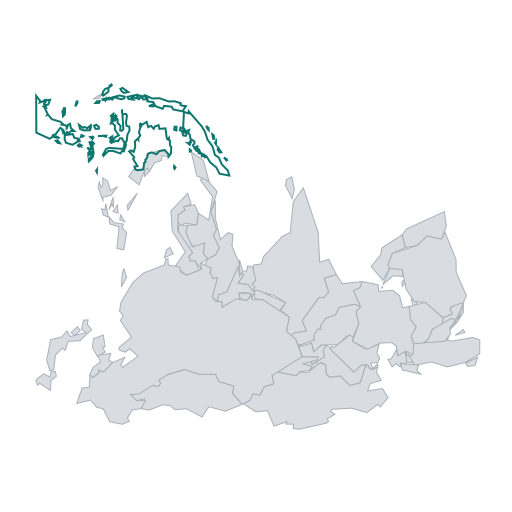 Indonesia highlighted on a map of Asia, rotated 179°
{"feature_id": "IDN", "entity_name": "Indonesia", "entity_type": "country or territory", "adm_level": 0, "iso_a3": "IDN", "parent_name": "Asia", "parent_adm1": "", "projection": "equal_earth", "projection_center": [119.503, -2.501], "detail": "fine", "context": "in_parent", "style": "outline", "palette": "teal", "viewbox_px": 512, "rotation_deg": 179, "n_neighbors": 45, "source": "natural_earth", "source_scale": "50m", "svg_char_len": 17826}
<svg xmlns="http://www.w3.org/2000/svg" viewBox="0 0 512 512"><g transform="rotate(179 256 256)"><path d="M270.9,108.4L264.7,111.8L261.2,118.4L254.5,116.9L250.1,125.1L240.5,128.0L242.1,136.2L239.1,140.2L217.9,135.7L214.4,139.5L206.2,138.5L194.3,148.3L187.8,145.9L187.9,137.1L184.5,133.6L173.7,134.7L164.2,124.9L153.9,127.7L148.2,145.2L142.9,140.3L136.2,142.9L137.8,138.1L133.0,129.5L144.0,126.4L146.8,119.1L131.9,121.2L126.4,112.1L134.4,102.9L136.8,105.5L148.0,97.5L162.9,102.2L182.6,101.4L184.3,99.3L179.9,96.4L187.5,92.0L186.3,89.1L188.4,87.7L216.1,82.0L221.8,82.9L221.3,87.1L229.0,87.5L227.9,89.8L240.9,85.7L247.2,101.1L258.9,100.2L270.9,108.4Z" fill="#d9dde1" stroke="#a8b0b8" stroke-width="1"/><path d="M148.2,145.2L153.9,127.7L164.2,124.9L173.7,134.7L184.5,133.6L187.9,137.1L187.8,145.9L192.9,148.4L204.8,140.6L201.9,144.2L210.9,147.4L205.4,150.9L201.1,150.5L202.2,146.9L197.0,148.1L192.6,153.9L189.5,153.7L190.4,160.7L187.2,165.8L160.2,138.3L152.4,145.2L148.2,145.2Z" fill="#d9dde1" stroke="#a8b0b8" stroke-width="1"/><path d="M406.6,421.5L410.2,416.1L416.0,415.9L406.6,421.5Z" fill="#d9dde1" stroke="#a8b0b8" stroke-width="1"/><path d="M59.0,185.4L53.4,192.7L49.6,205.1L49.6,196.1L55.9,186.4L59.0,185.4Z" fill="#d9dde1" stroke="#a8b0b8" stroke-width="1"/><path d="M63.6,180.7L56.0,186.4L63.6,178.7L63.6,180.7Z" fill="#d9dde1" stroke="#a8b0b8" stroke-width="1"/><path d="M56.5,190.0L52.4,195.4L55.3,189.3L56.5,190.0Z" fill="#d9dde1" stroke="#a8b0b8" stroke-width="1"/><path d="M56.5,190.0L70.7,184.9L70.3,191.2L60.8,194.6L63.2,199.8L53.6,206.7L49.6,205.1L56.5,190.0Z" fill="#d9dde1" stroke="#a8b0b8" stroke-width="1"/><path d="M109.5,233.1L119.2,233.8L129.8,225.2L121.7,242.6L110.0,239.8L109.5,233.1Z" fill="#d9dde1" stroke="#a8b0b8" stroke-width="1"/><path d="M106.9,230.4L107.4,226.4L110.3,223.1L110.6,227.9L106.9,230.4Z" fill="#d9dde1" stroke="#a8b0b8" stroke-width="1"/><path d="M99.1,202.1L101.6,210.1L95.0,207.2L99.1,202.1Z" fill="#d9dde1" stroke="#a8b0b8" stroke-width="1"/><path d="M70.3,191.2L70.7,184.9L80.9,179.6L85.1,169.7L92.5,164.6L99.7,165.6L102.3,173.2L97.2,181.9L102.5,189.6L103.9,202.8L87.7,206.8L70.3,191.2Z" fill="#d9dde1" stroke="#a8b0b8" stroke-width="1"/><path d="M122.7,241.4L129.6,229.4L141.0,243.6L131.4,254.9L129.9,262.0L109.4,274.7L106.6,261.7L119.6,256.2L124.0,245.3L122.7,241.4ZM131.3,222.0L129.4,223.4L130.9,221.6L131.3,222.0Z" fill="#d9dde1" stroke="#a8b0b8" stroke-width="1"/><path d="M312.8,299.6L314.7,288.2L327.4,290.1L329.3,286.2L333.9,292.0L333.2,298.7L326.2,303.0L327.9,306.4L316.4,308.3L312.8,299.6Z" fill="#d9dde1" stroke="#a8b0b8" stroke-width="1"/><path d="M324.0,287.9L314.7,288.2L312.8,299.6L302.6,292.7L298.4,316.1L310.4,333.1L306.2,336.1L293.8,321.1L300.3,301.2L295.0,283.2L298.2,277.3L292.4,264.8L296.3,257.8L304.1,253.9L308.6,259.2L307.3,269.9L316.3,265.5L322.4,270.4L325.7,280.7L324.0,287.9Z" fill="#d9dde1" stroke="#a8b0b8" stroke-width="1"/><path d="M333.0,288.3L324.0,287.9L325.7,280.7L319.4,265.9L307.3,269.9L308.6,259.2L304.1,253.9L311.1,249.8L310.8,243.5L316.8,252.0L321.8,252.1L323.2,256.8L319.3,260.3L332.9,278.8L333.0,288.3Z" fill="#d9dde1" stroke="#a8b0b8" stroke-width="1"/><path d="M304.1,253.9L296.3,257.8L292.4,264.8L298.2,277.3L295.0,283.2L300.3,301.2L295.7,312.2L296.0,294.3L291.2,273.1L283.5,279.9L278.7,278.1L279.8,266.0L272.6,248.1L285.8,220.6L294.1,217.9L295.3,211.6L300.4,215.6L294.9,235.0L299.2,234.1L302.4,240.1L301.0,244.6L308.7,246.1L304.1,253.9Z" fill="#d9dde1" stroke="#a8b0b8" stroke-width="1"/><path d="M319.9,309.1L327.9,306.4L326.2,303.0L333.2,298.7L333.8,282.7L319.3,260.3L323.2,256.8L321.8,252.1L316.8,252.0L312.9,242.8L325.9,237.9L336.6,247.7L326.5,261.4L339.3,282.3L340.3,302.5L323.2,319.7L319.9,309.1Z" fill="#d9dde1" stroke="#a8b0b8" stroke-width="1"/><path d="M424.1,140.0L421.1,147.3L413.2,152.8L416.0,159.7L402.9,161.0L405.2,154.6L401.0,152.0L403.9,148.8L410.4,142.8L415.4,144.5L414.7,141.9L421.6,137.2L424.1,140.0Z" fill="#d9dde1" stroke="#a8b0b8" stroke-width="1"/><path d="M408.4,162.7L416.5,158.5L421.1,167.6L420.0,176.2L410.1,179.7L408.4,167.9L411.2,167.0L408.4,162.7Z" fill="#d9dde1" stroke="#a8b0b8" stroke-width="1"/><path d="M272.4,108.0L289.2,101.4L305.8,106.1L312.8,96.0L328.3,104.5L339.5,103.7L344.7,108.1L352.3,108.8L365.4,103.8L373.4,105.4L369.9,115.1L378.1,113.5L384.2,118.2L361.4,128.5L355.7,127.2L353.7,130.2L355.3,133.6L349.9,137.7L329.5,143.8L314.8,138.7L298.4,138.4L295.5,131.2L280.4,126.3L281.7,118.9L272.4,108.0Z" fill="#d9dde1" stroke="#a8b0b8" stroke-width="1"/><path d="M295.3,211.6L294.1,217.9L285.8,220.6L274.3,245.1L272.7,236.4L270.7,239.9L268.7,237.1L274.2,229.2L264.5,227.6L259.6,221.3L257.8,224.9L260.5,227.8L256.7,231.7L259.1,233.2L258.8,247.0L250.9,248.0L248.4,255.4L229.3,275.2L221.4,278.9L217.7,309.8L207.5,323.3L193.4,278.3L192.5,248.8L183.4,251.4L176.0,236.1L188.0,232.5L183.9,218.6L189.1,213.1L193.6,213.5L210.9,190.6L206.9,180.1L219.2,178.4L223.7,174.1L226.8,180.1L223.9,194.5L232.2,201.5L227.2,208.8L239.1,216.4L257.6,221.5L261.1,212.5L261.0,217.8L264.4,219.8L273.6,219.2L272.7,214.2L290.9,205.3L291.0,210.8L295.3,211.6Z" fill="#d9dde1" stroke="#a8b0b8" stroke-width="1"/><path d="M272.7,236.4L272.6,252.5L269.5,241.1L265.7,240.9L264.5,246.2L259.5,245.0L256.7,231.7L260.5,227.8L257.8,224.9L259.6,221.3L264.5,227.6L274.2,229.2L268.7,237.1L270.7,239.9L272.7,236.4Z" fill="#d9dde1" stroke="#a8b0b8" stroke-width="1"/><path d="M272.7,214.2L273.6,219.2L261.0,217.8L266.3,211.4L272.7,214.2Z" fill="#d9dde1" stroke="#a8b0b8" stroke-width="1"/><path d="M258.5,213.7L257.6,221.5L254.2,221.5L227.2,208.8L234.0,200.2L249.6,211.9L258.5,213.7Z" fill="#d9dde1" stroke="#a8b0b8" stroke-width="1"/><path d="M223.7,174.1L219.2,178.4L206.9,180.1L210.9,190.6L193.6,213.5L189.1,213.1L183.9,218.6L188.0,232.5L176.0,236.1L170.1,226.8L150.2,228.6L152.7,222.4L159.0,219.6L152.3,203.4L158.4,206.0L173.9,203.0L177.6,195.6L187.4,192.5L201.8,169.0L215.0,165.8L217.7,172.0L223.7,174.1Z" fill="#d9dde1" stroke="#a8b0b8" stroke-width="1"/><path d="M175.4,165.9L192.4,165.7L199.9,159.1L202.0,167.8L208.1,164.0L215.0,165.8L199.1,171.1L199.5,175.8L195.5,181.8L191.9,181.6L192.8,185.0L187.4,192.5L177.6,195.6L173.9,203.0L158.4,206.0L152.3,203.4L156.8,198.6L154.4,186.9L160.2,173.3L166.7,174.5L175.4,165.9Z" fill="#d9dde1" stroke="#a8b0b8" stroke-width="1"/><path d="M187.2,165.8L190.4,160.7L189.5,153.7L202.2,146.9L202.7,150.4L196.0,153.9L211.7,154.4L214.6,164.4L202.0,167.8L199.9,159.1L192.4,165.7L187.2,165.8Z" fill="#d9dde1" stroke="#a8b0b8" stroke-width="1"/><path d="M204.8,140.6L214.4,139.5L217.9,135.7L239.1,140.2L211.7,154.4L196.0,153.9L197.1,151.1L210.9,147.4L201.9,144.2L204.8,140.6Z" fill="#d9dde1" stroke="#a8b0b8" stroke-width="1"/><path d="M136.2,142.9L142.9,140.3L146.3,145.5L152.4,145.2L160.2,138.3L183.3,161.6L182.4,164.7L179.9,163.2L163.6,175.2L160.2,173.3L160.9,169.0L148.5,161.3L134.5,165.5L136.9,156.8L134.1,151.4L136.3,147.3L143.1,147.0L141.2,141.3L136.3,146.1L136.2,142.9Z" fill="#d9dde1" stroke="#a8b0b8" stroke-width="1"/><path d="M103.9,202.8L102.5,189.6L97.2,181.9L102.3,173.2L99.0,161.6L101.0,154.4L107.5,157.8L116.1,153.7L117.2,163.6L122.3,167.1L133.8,166.7L146.0,160.9L160.9,169.0L154.4,186.9L156.8,198.6L152.3,203.4L159.0,219.6L152.7,222.4L150.2,228.6L134.4,225.1L133.9,218.5L119.8,219.3L113.1,213.7L110.3,201.7L103.9,202.8Z" fill="#d9dde1" stroke="#a8b0b8" stroke-width="1"/><path d="M57.7,188.3L63.6,180.7L62.9,174.5L68.6,167.4L90.6,165.3L85.1,169.7L80.9,179.6L61.4,190.4L57.7,188.3Z" fill="#d9dde1" stroke="#a8b0b8" stroke-width="1"/><path d="M108.9,157.7L100.8,150.4L102.0,146.3L108.9,147.6L108.9,157.7Z" fill="#d9dde1" stroke="#a8b0b8" stroke-width="1"/><path d="M99.7,165.6L68.6,167.4L64.6,172.4L66.1,168.2L60.9,167.5L40.6,170.8L33.7,168.2L34.0,154.2L49.2,145.7L66.7,141.8L82.4,147.0L99.4,143.9L104.1,153.0L101.0,154.4L99.7,165.6ZM39.0,142.7L46.3,141.9L48.4,145.3L36.2,150.9L39.0,142.7Z" fill="#d9dde1" stroke="#a8b0b8" stroke-width="1"/><path d="M225.2,325.8L224.4,331.7L218.9,334.6L216.5,322.0L218.8,312.8L225.2,325.8Z" fill="#d9dde1" stroke="#a8b0b8" stroke-width="1"/><path d="M342.0,266.1L338.7,259.7L347.6,255.8L345.6,263.5L342.0,266.1ZM211.7,154.4L242.1,136.2L240.5,128.0L250.1,125.1L254.5,116.9L261.2,118.4L264.7,111.8L272.4,108.0L281.7,118.9L280.4,126.3L295.5,131.2L298.4,138.4L314.8,138.7L329.5,143.8L345.6,139.4L355.3,133.6L353.7,130.2L355.7,127.2L361.4,128.5L375.8,119.9L383.8,119.8L378.1,113.5L369.1,113.2L373.4,105.4L382.5,104.3L387.4,96.3L385.5,93.0L392.5,90.1L405.1,92.8L411.6,106.0L417.7,107.4L423.8,114.8L437.8,111.7L432.2,127.0L424.8,127.8L424.1,140.0L421.6,137.2L414.7,141.9L415.4,144.5L410.4,142.8L401.0,152.0L389.0,157.0L393.1,149.5L391.1,147.0L375.8,157.8L384.0,165.7L388.2,162.1L394.0,164.2L394.7,166.8L381.9,177.1L392.6,193.6L390.1,198.9L393.4,203.3L391.9,211.8L379.8,231.5L368.6,241.0L347.7,248.6L346.2,254.3L344.0,254.7L344.0,248.6L332.6,246.3L331.5,241.0L325.9,237.9L310.8,243.5L311.1,249.8L301.0,244.6L302.4,240.1L299.2,234.1L294.9,235.0L300.4,215.6L297.6,211.2L291.0,210.8L290.9,205.3L276.0,213.6L266.3,211.4L261.0,216.7L261.1,212.5L249.6,211.9L223.9,194.5L226.8,180.1L217.7,172.0L211.7,154.4Z" fill="#d9dde1" stroke="#a8b0b8" stroke-width="1"/><path d="M391.2,227.5L390.0,241.0L388.3,245.4L385.7,236.8L391.2,227.5Z" fill="#d9dde1" stroke="#a8b0b8" stroke-width="1"/><path d="M113.8,142.6L117.8,146.0L121.8,142.8L125.9,150.4L122.7,150.7L117.1,159.9L116.1,153.7L108.9,157.7L107.5,152.1L107.5,145.5L112.8,146.4L113.8,142.6ZM107.5,157.8L105.1,157.2L104.1,153.0L107.2,154.2L107.5,157.8Z" fill="#d9dde1" stroke="#a8b0b8" stroke-width="1"/><path d="M93.2,135.0L111.6,139.5L113.5,145.9L95.3,144.1L97.1,138.8L93.2,135.0Z" fill="#d9dde1" stroke="#a8b0b8" stroke-width="1"/><path d="M390.5,299.5L386.6,292.4L391.6,294.6L390.5,299.5ZM397.8,317.3L397.6,306.9L399.2,310.3L402.3,304.9L397.8,317.3ZM407.9,313.2L412.7,327.7L411.3,332.8L409.7,327.1L407.8,330.0L408.0,336.8L403.0,333.5L400.4,324.0L393.3,327.7L399.9,319.2L408.2,317.5L407.9,313.2ZM384.0,308.7L373.5,321.0L383.2,304.1L384.0,308.7ZM394.9,266.0L392.4,287.6L401.7,290.6L402.2,297.6L397.4,291.9L387.9,290.2L389.4,286.5L384.9,281.6L388.2,264.4L394.9,266.0ZM393.6,309.4L393.1,301.2L398.3,302.9L393.6,309.4ZM408.2,299.7L409.4,306.0L406.2,304.5L405.3,311.1L403.0,297.5L408.2,299.7Z" fill="#d9dde1" stroke="#a8b0b8" stroke-width="1"/><path d="M301.8,331.8L313.8,337.1L318.9,361.1L307.0,352.7L301.8,331.8ZM376.4,344.9L367.9,344.0L362.7,360.3L345.4,364.0L342.5,360.8L341.8,357.0L348.2,357.9L349.0,353.1L355.9,350.8L360.9,342.7L365.8,343.9L371.6,329.2L381.9,337.7L376.4,344.9Z" fill="#d9dde1" stroke="#a8b0b8" stroke-width="1"/><path d="M366.2,337.5L365.8,343.9L362.9,345.7L360.9,342.7L366.2,337.5Z" fill="#d9dde1" stroke="#a8b0b8" stroke-width="1"/><path d="M467.1,155.6L462.8,175.9L451.4,178.6L446.3,184.5L443.1,178.7L427.6,182.3L431.7,186.1L429.5,194.9L425.0,195.0L425.8,190.4L421.6,185.3L433.5,174.4L445.1,173.9L448.5,165.0L451.2,167.4L458.3,160.4L460.2,145.8L464.0,144.9L467.1,155.6ZM474.4,132.5L476.7,130.5L478.3,135.9L470.4,141.9L464.2,138.6L462.8,143.9L458.7,144.0L457.7,139.2L463.0,135.3L463.9,125.1L474.4,132.5ZM433.0,184.5L438.7,179.8L442.2,182.7L435.7,188.4L433.0,184.5Z" fill="#d9dde1" stroke="#a8b0b8" stroke-width="1"/><path d="M106.6,261.7L109.4,274.7L104.9,280.5L67.0,297.0L65.1,282.7L70.1,269.5L84.5,273.0L94.5,263.8L106.6,261.7Z" fill="#d9dde1" stroke="#a8b0b8" stroke-width="1"/><path d="M49.5,205.8L60.5,202.4L63.2,199.8L60.8,194.6L70.3,191.2L87.7,206.8L98.4,207.7L106.4,220.0L110.0,239.8L122.7,241.4L124.0,245.3L119.6,256.2L94.5,263.8L84.5,273.0L70.1,269.5L66.6,276.4L56.1,249.1L56.1,236.1L46.3,212.7L49.5,205.8Z" fill="#d9dde1" stroke="#a8b0b8" stroke-width="1"/><path d="M58.3,173.2L50.2,178.8L48.4,176.1L58.3,173.2Z" fill="#d9dde1" stroke="#a8b0b8" stroke-width="1"/><path d="M341.7,356.9L341.8,359.2L345.4,363.5L350.8,362.6L353.7,359.5L358.5,361.4L362.2,360.2L363.4,355.6L365.0,354.1L364.8,352.0L366.2,351.2L367.1,344.6L373.1,343.8L375.1,344.7L376.0,347.5L372.9,347.9L377.2,355.2L376.0,356.9L381.0,362.8L379.1,363.8L376.5,362.2L374.9,367.0L375.0,372.8L372.3,375.3L371.6,374.3L371.6,375.9L369.6,378.5L370.9,381.4L369.6,386.1L368.7,387.4L368.3,388.8L363.0,392.0L361.5,386.7L358.8,388.0L356.0,385.0L354.9,387.2L351.1,388.5L350.4,384.8L344.3,385.2L343.2,375.6L342.3,374.1L340.1,373.0L340.1,368.2L338.8,366.4L339.3,359.9L341.7,356.9ZM281.3,336.9L291.0,338.9L294.1,345.2L300.1,350.3L303.4,356.0L304.9,357.3L304.7,355.7L305.6,355.6L307.4,358.8L309.7,360.2L311.2,363.6L313.9,365.1L311.9,367.2L315.2,365.5L316.6,366.7L317.1,368.1L315.6,369.5L315.6,371.6L319.5,374.3L320.2,378.7L321.6,380.2L320.7,383.1L323.9,381.9L326.6,386.0L325.5,401.3L320.8,399.7L320.7,401.8L307.8,386.3L304.9,381.1L302.4,373.1L297.6,366.4L295.3,357.8L291.5,355.0L288.5,348.1L282.7,342.0L281.3,336.9ZM473.5,383.2L473.0,420.0L469.1,414.8L469.6,413.2L464.4,415.0L465.3,411.3L463.9,409.4L464.4,409.2L465.2,409.3L465.7,409.1L463.3,407.7L464.4,407.2L461.7,401.3L462.3,400.5L461.2,400.7L457.9,396.4L449.2,393.6L447.0,391.5L447.9,390.7L444.0,390.0L442.8,388.1L443.5,385.7L441.6,390.5L439.6,391.4L438.9,387.1L435.6,384.2L438.8,384.2L440.8,382.2L442.9,383.3L443.9,380.3L437.1,381.1L435.5,377.2L431.6,376.5L432.7,373.2L437.5,370.4L444.1,372.6L445.3,376.1L445.0,381.5L446.1,384.4L446.8,382.8L447.9,386.6L449.4,387.5L454.2,381.3L457.1,380.3L457.3,378.8L460.2,376.8L473.5,383.2ZM407.3,359.9L403.9,365.7L401.1,366.7L387.7,365.4L386.1,366.9L385.6,371.5L388.1,376.1L390.1,376.0L391.9,373.1L393.6,373.7L398.7,371.6L399.8,372.8L399.5,374.1L397.5,373.5L394.8,377.2L391.0,379.0L394.9,384.9L394.8,388.9L397.3,391.4L397.4,393.3L394.2,394.1L393.9,395.8L392.0,395.3L392.1,391.6L389.1,388.3L389.7,384.0L388.1,383.5L386.4,385.1L387.1,400.1L383.4,400.2L382.6,398.5L383.7,391.2L383.1,388.3L380.5,387.6L380.2,383.8L382.5,379.3L383.2,373.5L384.1,372.2L384.7,373.3L384.1,368.9L386.4,362.9L387.8,363.5L389.9,360.9L397.2,363.6L401.8,363.6L406.8,358.8L407.3,359.9ZM326.9,401.9L336.3,404.0L337.8,406.8L345.2,407.7L346.8,404.8L354.0,407.6L356.0,411.7L361.9,412.5L361.8,415.9L362.6,418.0L357.0,415.3L349.7,415.4L340.4,412.0L334.7,412.1L328.5,410.1L328.8,408.3L327.4,407.6L323.5,407.1L326.9,401.9ZM417.8,363.6L421.9,359.5L421.9,362.1L420.1,364.2L422.8,367.2L418.9,365.7L418.5,366.7L420.8,373.4L417.7,369.8L416.6,361.9L417.4,357.9L419.1,355.9L419.0,360.8L417.8,363.6ZM426.3,384.6L429.7,386.1L430.7,390.2L426.7,387.2L425.1,388.0L422.6,386.7L421.1,387.9L419.5,386.3L418.5,388.2L419.8,384.6L426.3,384.6ZM396.9,417.1L389.6,418.9L384.5,417.6L384.8,416.0L387.9,415.0L395.0,417.2L397.5,414.3L396.9,417.1ZM375.9,414.5L380.8,415.3L381.7,417.4L371.9,419.3L372.0,416.7L373.4,415.7L376.8,417.8L377.9,417.0L375.9,414.5ZM405.9,419.0L406.8,419.5L406.0,423.0L403.8,425.8L400.5,426.7L400.8,422.8L405.9,419.0ZM326.6,377.8L328.0,382.4L329.9,383.0L329.2,385.8L326.4,384.4L325.5,380.7L322.8,380.0L324.1,377.3L326.6,377.8ZM462.9,415.2L459.2,415.8L461.1,411.2L464.0,410.2L464.9,411.9L462.9,415.2ZM385.3,421.4L387.6,423.3L388.6,425.5L386.4,426.3L380.9,422.2L385.3,421.4ZM414.2,385.9L415.7,389.0L413.4,390.0L410.8,387.8L410.9,386.0L414.2,385.9ZM366.2,414.5L367.3,416.0L365.0,418.4L362.1,414.6L366.2,414.5ZM371.6,415.6L371.0,418.7L368.0,418.1L370.2,414.8L371.6,415.6ZM335.7,383.7L335.1,386.7L333.2,386.6L333.4,382.9L335.7,383.7ZM446.5,399.1L447.0,404.0L445.9,404.3L444.7,402.7L444.9,400.7L446.5,399.1ZM360.4,407.8L356.5,409.3L354.8,408.4L356.2,407.3L360.4,407.8ZM398.2,393.2L397.8,397.5L398.7,398.6L396.4,400.5L397.3,394.5L398.2,393.2ZM290.6,360.1L292.5,362.9L292.0,365.2L288.9,360.3L290.6,360.1ZM297.6,378.5L296.2,377.5L295.6,373.9L296.7,373.8L297.6,378.5ZM432.7,413.7L431.8,413.6L432.0,411.9L434.1,408.7L432.7,413.7ZM430.8,368.4L433.0,370.0L430.0,368.9L431.2,370.3L430.5,370.9L428.4,369.6L430.8,368.4ZM403.9,377.8L407.7,379.0L403.5,378.9L403.9,377.8ZM396.4,398.2L394.9,398.5L395.3,395.4L396.7,394.6L396.4,398.2ZM450.0,372.1L452.2,372.5L454.2,374.6L452.3,375.1L450.0,372.1ZM413.8,411.8L412.4,413.4L409.6,413.6L410.3,411.8L413.8,411.8ZM446.3,404.9L445.4,407.2L444.4,407.1L444.5,403.4L446.3,404.9ZM419.6,377.8L417.1,378.2L416.4,377.4L417.5,375.9L419.6,377.8ZM450.4,377.4L453.5,377.8L456.4,378.6L453.6,379.1L450.4,377.4ZM397.5,375.1L400.1,376.6L398.7,377.5L398.6,375.8L397.5,377.4L397.5,375.1ZM420.9,356.8L419.9,355.4L421.5,353.7L421.6,355.8L420.9,356.8ZM404.5,414.5L406.4,414.7L406.8,415.5L403.6,416.0L404.5,414.5ZM428.9,378.0L428.4,380.0L426.3,379.0L427.3,378.4L428.9,378.0ZM369.8,389.7L368.7,391.1L369.6,386.8L369.8,389.7ZM417.1,370.2L418.5,373.0L418.0,373.4L416.0,371.2L417.1,370.2ZM286.3,355.0L283.6,353.3L283.2,352.4L283.9,352.0L286.3,355.0ZM336.2,347.5L334.9,345.8L335.9,344.5L336.5,345.8L336.2,347.5ZM431.6,375.8L430.7,375.5L430.2,373.8L431.7,373.6L431.6,375.8ZM313.8,363.5L311.6,363.5L311.7,362.2L313.8,363.5ZM308.4,356.6L308.4,358.2L307.5,358.6L307.1,356.9L308.4,356.6ZM401.7,415.2L400.2,416.9L398.8,416.6L399.5,415.2L401.7,415.2ZM397.6,430.0L397.2,429.2L399.4,427.6L399.6,428.6L397.6,430.0ZM408.5,378.6L411.9,378.7L408.0,378.8L408.5,378.6ZM320.4,361.5L320.4,363.7L319.0,362.6L319.5,361.7L320.4,361.5ZM342.1,374.3L341.0,375.6L341.0,374.0L342.1,374.3ZM303.1,385.4L303.2,387.2L302.0,384.2L303.1,385.4ZM320.3,368.3L322.2,370.0L319.9,369.5L320.3,368.3ZM393.9,399.2L392.9,398.2L393.3,397.1L393.9,397.6L393.9,399.2ZM295.0,369.8L294.0,371.4L294.1,368.4L295.0,369.8ZM311.4,362.8L310.7,362.3L310.7,360.5L311.4,361.4L311.4,362.8ZM414.4,344.1L413.5,345.3L413.7,342.6L414.4,344.1ZM403.0,414.8L402.7,416.7L401.7,416.2L403.0,414.8ZM311.6,359.8L311.7,360.8L309.7,359.3L311.6,359.8ZM319.1,371.0L320.5,371.0L319.5,372.1L319.1,371.0ZM314.5,363.4L312.5,362.4L312.6,361.8L313.8,362.3L314.5,363.4ZM398.8,391.0L398.2,392.3L397.8,391.2L398.8,391.0ZM420.3,388.3L418.8,389.8L418.6,389.3L420.3,388.3ZM464.4,415.8L463.1,415.8L463.0,415.4L464.0,414.6L464.4,415.8ZM387.6,402.2L387.3,405.0L387.3,401.1L387.6,402.2ZM302.0,383.6L301.3,384.4L301.1,382.7L302.0,383.6Z" fill="none" stroke="#0f766e" stroke-width="2"/></g></svg>